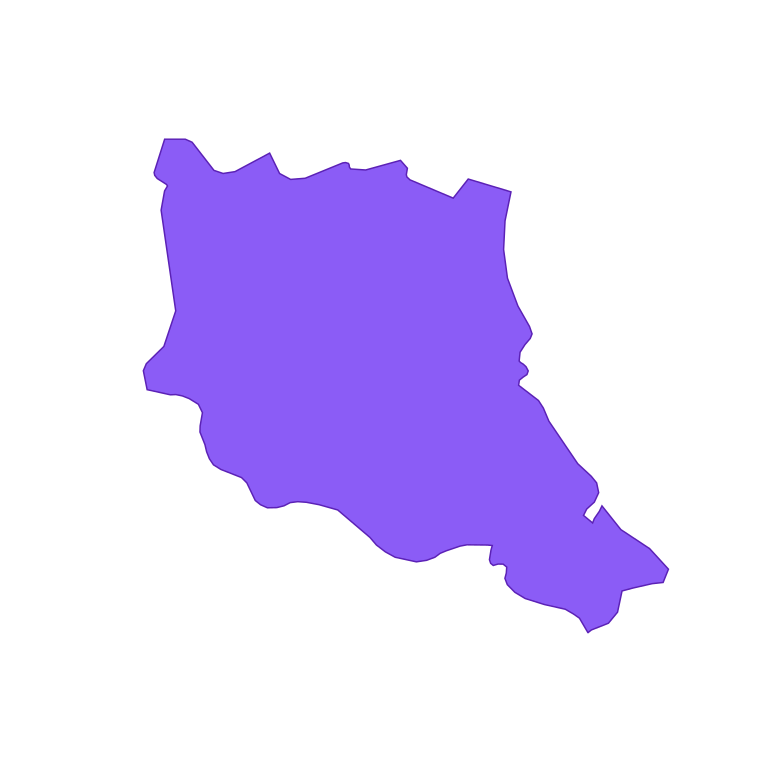 map outline of Gipuzkoa (Albers equal-area conic projection), rotated 76°
{"feature_id": "ESP-5823", "entity_name": "Gipuzkoa", "entity_type": "Autonomous Community", "adm_level": 1, "iso_a3": "ESP", "parent_name": "Spain", "parent_adm1": "", "projection": "albers", "projection_center": [-2.13, 43.148], "detail": "fine", "context": "isolated", "style": "filled", "palette": "violet", "viewbox_px": 768, "rotation_deg": 76, "n_neighbors": 0, "source": "natural_earth", "source_scale": "10m", "svg_char_len": 1800}
<svg xmlns="http://www.w3.org/2000/svg" viewBox="0 0 768 768"><g transform="rotate(76 384 384)"><path d="M644.1,161.2L642.6,172.1L642.2,191.7L642.4,203.1L661.9,212.6L670.4,224.1L672.8,242.2L674.6,246.2L674.5,246.3L658.5,251.0L652.8,256.0L646.4,262.6L636.8,281.7L626.3,298.9L617.8,307.4L608.5,312.9L601.8,313.7L597.1,311.1L591.3,309.2L587.6,312.0L586.3,316.9L586.5,321.9L583.8,323.9L580.0,324.2L571.1,320.4L566.9,318.0L565.3,322.5L560.1,342.4L559.7,349.5L560.9,363.9L561.9,370.5L564.4,376.5L565.4,385.3L564.4,395.6L554.8,415.1L547.2,423.3L538.4,430.3L529.4,434.8L495.0,459.4L485.4,476.2L480.0,487.9L477.3,496.2L476.4,503.7L478.0,510.5L478.0,517.9L475.9,527.1L471.3,533.0L465.9,537.1L446.8,541.0L440.3,544.9L427.5,562.9L421.2,569.0L414.3,571.5L406.8,572.5L399.5,572.4L386.1,574.2L380.1,572.5L367.9,567.1L358.8,569.0L351.0,576.6L346.8,582.5L343.9,588.5L342.8,593.9L332.2,615.2L312.9,614.3L306.8,609.7L294.3,588.5L262.7,568.4L161.4,558.2L143.6,550.2L139.5,546.2L137.8,546.7L129.8,554.3L126.1,556.0L123.2,555.9L93.4,537.6L98.4,517.6L103.0,511.7L135.6,497.3L140.8,489.2L141.9,477.2L132.3,439.1L154.5,434.4L162.9,425.1L165.3,410.7L159.5,370.6L159.8,367.8L161.4,365.1L163.1,364.8L165.1,365.1L167.3,364.3L171.9,350.0L171.0,313.9L180.3,309.1L186.3,311.7L188.6,311.7L192.2,309.4L220.4,271.9L205.5,252.7L228.3,214.3L255.0,227.1L282.4,235.4L311.2,238.6L340.8,235.2L363.4,228.9L371.2,228.2L375.2,231.1L379.9,237.7L386.1,244.3L394.4,247.3L396.2,246.3L398.4,244.1L401.6,242.0L406.2,240.9L409.4,243.0L411.0,247.4L413.0,251.7L417.8,253.7L437.4,238.1L445.9,235.2L460.0,233.0L508.2,215.3L523.7,205.2L531.4,201.6L541.4,202.0L549.5,208.5L554.4,217.6L559.8,222.2L569.3,215.2L565.5,212.5L559.6,205.8L555.0,202.0L582.6,189.4L608.0,166.1L632.5,152.8L644.1,161.2Z" fill="#8b5cf6" stroke="#5b21b6" stroke-width="1.5"/></g></svg>